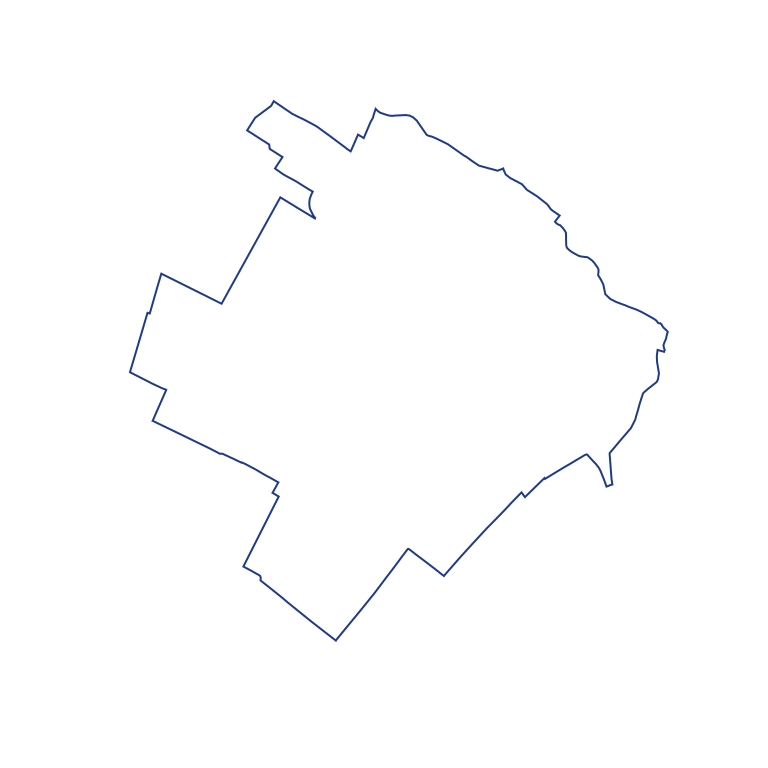 outline of Santandrei, Bihor, Romania, rotated 30°
{"feature_id": "2599482B13806554782288", "entity_name": "Santandrei", "entity_type": "district", "adm_level": 2, "iso_a3": "ROU", "parent_name": "Romania", "parent_adm1": "Bihor", "projection": "albers", "projection_center": [21.841, 47.054], "detail": "fine", "context": "isolated", "style": "outline", "palette": "blue", "viewbox_px": 768, "rotation_deg": 30, "n_neighbors": 0, "source": "geoboundaries", "source_scale": "gbopen_adm2", "svg_char_len": 4689}
<svg xmlns="http://www.w3.org/2000/svg" viewBox="0 0 768 768"><g transform="rotate(30 384 384)"><path d="M470.6,630.3L470.6,630.1L470.6,629.7L470.6,629.4L473.8,610.2L475.4,600.7L477.0,591.1L480.0,572.0L480.1,571.7L482.5,552.4L482.5,552.1L483.8,542.3L485.0,532.4L486.0,523.4L487.1,515.0L487.7,514.5L488.8,514.6L489.8,514.7L497.0,515.7L511.6,517.5L514.6,517.9L516.2,518.1L519.9,518.6L525.0,519.3L528.0,519.8L528.3,519.8L531.9,520.3L531.9,519.9L536.4,497.0L540.8,476.8L545.3,457.0L549.4,441.3L552.0,430.8L552.8,427.4L553.5,424.1L556.7,411.4L556.8,411.1L557.3,409.1L562.6,411.5L570.0,385.2L570.9,385.7L571.7,384.2L575.9,376.5L581.5,366.3L584.8,360.6L588.4,354.1L589.3,352.5L591.5,348.6L592.5,346.8L593.2,345.5L593.5,345.0L593.7,344.8L594.8,343.6L595.2,343.5L597.0,344.1L603.6,346.2L606.7,347.1L607.7,347.4L612.1,349.2L614.8,350.9L616.4,352.1L619.6,354.7L620.4,355.3L622.2,356.7L628.0,361.6L628.8,360.6L629.7,359.6L630.1,358.9L632.0,356.8L628.6,352.6L614.4,331.8L614.0,331.0L617.2,312.9L617.3,312.5L619.7,299.8L619.9,299.0L619.4,289.2L618.4,285.7L618.0,283.8L617.1,280.1L615.4,273.6L614.1,267.8L613.2,263.4L613.1,263.0L613.1,262.6L613.2,261.6L613.7,260.2L615.1,256.1L619.1,246.1L619.0,243.2L616.8,237.3L609.4,228.3L606.3,223.4L603.9,217.7L610.4,216.1L610.2,215.3L610.2,214.3L608.8,213.1L607.6,211.9L606.9,210.9L606.6,210.6L606.3,209.0L605.9,207.0L605.8,205.0L605.3,202.8L604.8,201.5L604.7,200.9L604.3,199.8L604.0,198.4L603.7,197.0L603.5,196.9L602.8,196.6L601.8,196.3L600.1,195.9L597.8,195.4L595.7,194.4L594.3,193.5L593.9,193.5L592.9,193.3L592.1,193.8L591.8,194.0L590.3,193.9L588.7,193.1L587.6,192.9L586.8,192.7L584.3,192.6L572.2,192.8L570.3,192.9L565.6,193.3L557.4,194.8L554.3,195.1L550.5,195.8L543.8,196.9L537.4,197.2L530.8,195.6L524.2,188.2L519.4,185.0L515.0,182.7L513.7,179.7L512.6,177.7L510.9,176.4L508.1,175.2L505.9,174.1L503.8,173.4L503.1,173.1L500.9,172.8L498.2,172.5L496.4,172.6L494.6,173.5L494.0,173.7L490.8,175.1L488.1,175.7L487.3,175.7L482.3,175.8L481.2,175.8L480.6,175.8L476.9,175.3L476.6,175.2L474.2,174.5L472.6,173.0L472.3,172.5L469.2,167.5L468.1,165.5L466.1,162.2L465.6,161.9L464.3,161.0L461.2,159.6L457.9,158.6L457.6,158.5L457.3,158.4L454.9,158.8L452.6,158.5L450.9,158.0L451.9,150.3L444.5,149.7L444.2,149.7L441.3,149.3L439.9,148.7L435.8,146.9L435.0,146.7L422.7,144.9L410.8,144.4L403.5,142.0L390.2,142.5L384.6,141.7L380.3,138.6L379.5,137.7L378.2,139.5L377.0,140.8L375.7,142.5L369.2,144.2L367.1,144.8L362.8,145.9L357.0,147.4L350.5,147.0L347.3,146.7L341.8,146.1L339.4,146.2L319.4,144.4L307.1,145.2L301.9,145.8L298.8,146.7L296.4,146.9L280.6,139.5L275.7,138.5L271.8,138.8L268.4,140.2L259.4,146.0L257.0,147.7L255.2,148.6L254.3,148.9L253.4,149.2L251.0,149.8L244.8,151.0L243.5,150.8L242.2,150.7L241.0,150.4L239.2,149.9L239.5,151.3L240.7,156.9L241.3,158.8L241.4,161.5L241.3,163.3L243.5,181.2L242.2,181.1L236.8,181.0L238.3,194.1L238.7,198.0L238.8,199.2L235.3,199.0L231.8,198.5L210.7,196.0L210.3,196.0L199.1,194.8L198.2,194.7L194.7,194.6L184.7,194.9L180.8,195.1L176.2,195.5L170.5,195.8L169.4,195.9L151.0,194.5L150.6,194.5L147.1,194.2L147.2,199.5L139.3,217.9L139.0,224.7L138.8,229.4L138.7,232.8L141.9,233.0L143.6,233.0L157.3,233.7L159.0,233.7L160.6,233.8L164.8,234.0L167.5,237.5L169.2,237.6L179.5,238.1L182.6,238.2L182.4,242.0L182.3,244.1L182.1,246.1L181.9,251.9L184.2,252.1L190.7,252.7L192.7,252.8L194.5,252.8L198.6,252.7L201.0,252.6L207.4,252.5L207.8,252.5L212.3,252.7L220.9,253.0L223.3,253.0L226.1,253.0L226.3,255.8L226.7,258.7L227.4,261.6L228.8,264.6L230.2,266.8L231.9,268.8L232.6,269.5L238.1,273.2L239.3,273.8L241.3,274.5L241.4,275.2L234.5,275.0L229.1,274.9L225.3,274.8L221.5,274.8L219.6,274.7L216.7,274.6L213.9,274.5L211.8,274.5L200.9,274.2L203.2,395.7L178.5,397.2L136.0,399.8L138.4,409.9L139.5,414.5L139.7,415.2L145.9,440.1L143.6,440.6L149.5,465.0L158.1,500.8L160.4,500.7L168.4,500.3L172.3,500.1L174.1,500.0L175.5,499.9L177.7,499.8L179.9,499.7L181.9,499.6L182.6,499.6L185.7,499.3L187.0,499.2L188.5,499.1L190.0,498.9L191.7,498.8L192.9,498.7L194.1,498.6L198.3,497.9L198.4,498.2L200.2,514.9L201.6,527.4L202.1,531.6L202.4,531.5L208.7,531.1L218.0,530.4L266.4,526.9L270.8,526.7L275.1,526.5L276.4,526.6L276.7,526.5L278.7,525.2L290.5,524.1L299.9,523.4L300.0,523.0L303.0,522.7L307.3,522.5L315.4,522.2L317.0,522.2L323.2,522.3L326.2,522.3L329.8,522.2L332.0,522.1L341.7,522.0L341.7,524.9L341.8,526.3L341.8,529.7L341.9,532.6L341.9,534.0L343.3,534.0L349.1,534.1L349.7,545.2L353.5,612.4L359.5,612.2L363.5,612.1L366.6,612.1L370.6,612.0L372.0,612.0L372.7,612.2L373.1,612.5L373.6,612.9L374.2,613.6L374.8,614.9L375.2,615.8L376.9,616.1L398.3,619.3L402.6,620.0L409.7,621.3L421.1,623.1L440.2,626.1L441.7,626.3L451.1,627.6L465.6,629.6L470.6,630.3Z" fill="none" stroke="#1e3a8a" stroke-width="2"/></g></svg>